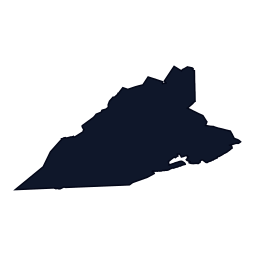 the district of Kubulu pag., Balvu, Latvia
{"feature_id": "27541924B35853557519757", "entity_name": "Kubulu pag.", "entity_type": "district", "adm_level": 2, "iso_a3": "LVA", "parent_name": "Latvia", "parent_adm1": "Balvu", "projection": "robinson", "projection_center": [27.241, 57.178], "detail": "fine", "context": "isolated", "style": "filled", "palette": "ink", "viewbox_px": 256, "rotation_deg": 0, "n_neighbors": 0, "source": "geoboundaries", "source_scale": "gbopen_adm2", "svg_char_len": 5282}
<svg xmlns="http://www.w3.org/2000/svg" viewBox="0 0 256 256"><path d="M15.4,189.6L54.2,187.9L54.4,188.2L55.2,188.2L55.3,188.3L55.5,188.5L55.9,188.7L56.1,188.7L56.4,188.5L57.2,188.3L58.5,188.8L59.2,188.6L59.8,188.9L60.1,188.8L61.2,188.3L63.8,187.0L65.6,187.4L129.5,184.8L132.5,182.6L132.9,182.4L147.4,177.2L154.2,173.5L153.7,172.2L152.2,172.0L152.3,171.5L152.4,171.3L152.6,171.0L153.3,171.1L153.9,171.0L154.2,171.0L154.5,171.1L155.0,171.2L156.4,171.1L157.6,171.2L158.0,171.1L158.4,170.9L158.7,170.9L159.2,171.0L160.0,171.1L160.8,170.9L161.2,171.0L162.6,170.5L162.9,170.4L163.2,170.5L163.6,170.5L164.1,170.4L164.4,170.5L164.5,170.5L165.3,170.3L165.5,170.2L166.3,170.3L166.9,170.2L167.9,170.1L169.2,169.5L170.6,168.7L171.5,168.4L172.2,168.1L172.6,168.0L173.6,168.1L173.8,168.1L174.6,167.7L174.8,167.6L176.3,167.2L176.7,167.0L176.8,166.9L176.9,167.0L177.1,167.0L177.7,167.0L177.8,166.8L178.0,166.7L178.2,166.4L178.3,166.4L178.5,166.4L178.9,166.3L179.1,166.2L179.5,166.0L179.8,165.9L179.9,166.0L180.0,166.0L180.0,165.9L180.5,165.8L180.8,165.7L180.9,165.8L181.0,165.7L181.4,165.4L181.6,165.3L182.1,165.2L183.2,164.8L183.9,164.7L184.0,164.5L185.0,164.4L185.3,164.3L185.3,164.2L185.2,164.0L184.9,164.1L185.0,163.9L184.9,163.5L184.9,163.4L184.4,162.9L183.4,162.2L182.8,161.8L181.8,161.3L181.4,161.3L181.2,161.3L180.6,161.3L180.3,161.4L180.2,161.4L180.1,161.5L179.8,161.5L179.7,161.5L179.2,161.6L178.9,161.8L178.7,161.8L178.4,161.9L178.0,162.0L177.7,162.2L177.3,162.3L176.8,162.4L176.6,162.5L176.1,162.6L175.1,162.9L174.9,163.0L174.5,163.1L173.8,163.5L172.4,163.9L169.1,165.0L168.5,162.2L168.4,161.7L171.0,159.4L171.8,158.8L172.5,158.3L172.7,158.1L173.9,157.2L174.1,157.1L175.3,157.7L177.1,156.3L177.3,156.2L177.9,156.0L177.4,154.2L179.5,154.0L180.3,155.0L180.9,156.0L181.4,157.0L183.6,156.4L184.3,156.1L186.4,155.4L186.5,155.5L186.8,155.6L187.1,155.6L187.1,155.9L187.1,156.0L187.5,156.4L187.4,156.7L187.6,156.8L187.5,157.2L187.6,157.3L187.8,157.3L187.7,157.4L187.8,157.6L187.9,157.8L187.9,158.0L187.1,158.6L186.9,159.0L186.4,159.5L186.6,159.6L186.6,159.8L186.9,160.0L186.7,160.2L186.9,160.4L190.0,161.6L189.8,162.0L189.1,162.4L189.2,162.8L189.3,162.8L189.5,162.9L189.8,162.9L190.1,163.1L190.3,163.2L190.6,163.2L190.8,163.2L191.0,163.4L193.5,163.6L194.9,163.4L195.9,163.4L196.5,163.3L197.8,163.5L198.3,163.5L198.9,163.0L199.3,162.8L199.7,162.6L200.0,162.4L200.1,162.0L200.2,161.8L200.2,161.5L200.2,161.3L200.2,161.0L200.2,160.8L200.4,160.7L201.3,160.2L201.8,159.8L202.0,159.8L202.3,159.8L202.8,160.1L204.2,161.1L204.6,161.3L205.1,161.8L205.3,161.9L205.8,162.3L206.0,162.4L206.5,162.5L207.6,162.4L208.1,161.9L208.3,161.7L208.7,161.5L209.4,161.4L209.8,161.2L210.2,161.1L210.6,161.1L210.9,161.0L211.5,160.5L212.0,160.2L212.8,160.0L213.2,160.0L213.7,159.4L213.8,159.3L214.7,159.0L214.9,158.8L215.6,158.6L216.0,158.3L216.4,158.1L216.8,158.1L217.2,157.9L217.2,157.7L217.3,157.5L217.6,156.8L217.6,156.7L217.8,156.6L218.6,156.5L218.9,156.5L219.2,156.3L219.9,156.0L220.7,155.5L221.4,155.2L222.3,154.6L222.9,154.3L223.9,153.5L224.3,153.3L224.9,153.2L225.4,152.7L226.1,152.5L226.6,152.2L226.9,152.0L227.3,151.8L227.5,151.6L227.9,151.3L228.7,150.6L229.3,150.3L229.5,150.2L230.0,149.6L230.4,149.4L230.7,148.8L230.9,148.7L231.5,148.6L231.8,148.2L232.1,148.1L232.1,147.7L232.0,147.4L231.8,147.3L231.8,147.1L231.8,146.6L231.8,146.4L231.7,146.3L231.5,146.1L230.8,145.8L230.3,145.4L230.0,145.2L235.7,143.4L236.3,143.3L236.9,143.3L237.5,143.3L238.5,143.3L240.1,142.2L240.6,141.8L239.6,140.9L238.5,140.1L237.5,139.6L236.7,139.3L236.5,139.2L236.4,139.2L235.4,138.9L234.9,138.6L234.1,138.4L234.0,138.2L233.8,137.6L232.7,135.5L232.1,134.2L231.0,132.4L230.4,131.1L225.7,130.0L222.4,129.1L218.9,128.3L218.3,128.2L214.5,127.0L213.4,126.5L212.8,126.5L210.3,126.3L205.5,125.5L206.9,121.8L206.4,121.2L203.0,115.8L202.8,115.6L202.4,115.4L198.6,113.7L195.6,112.2L192.9,110.9L190.5,109.6L189.8,109.3L187.4,108.1L192.4,103.8L192.1,103.7L192.5,103.3L194.2,101.9L194.8,101.4L195.1,101.3L195.0,99.9L194.9,91.7L194.8,91.4L194.7,84.9L194.7,83.6L194.6,83.4L194.5,79.3L194.5,76.9L194.5,76.4L194.4,70.7L193.7,70.5L192.5,69.4L193.1,68.8L193.1,68.6L192.1,67.9L187.7,67.0L187.4,66.9L184.4,68.7L183.0,69.3L181.7,70.4L181.6,70.5L181.5,70.8L180.1,70.1L174.1,66.4L165.1,79.9L164.3,81.1L165.1,81.6L165.1,82.3L166.1,82.9L166.1,83.0L162.6,83.6L162.5,83.3L162.4,83.1L162.5,81.7L148.1,77.0L142.9,84.9L138.8,85.9L135.2,86.9L127.8,89.4L122.8,87.7L118.6,93.2L118.4,93.2L118.1,93.3L118.1,93.5L118.3,93.5L117.9,93.7L117.9,93.8L118.0,94.1L114.6,97.1L114.4,97.2L113.1,97.2L112.8,97.3L112.5,97.8L109.5,101.2L108.2,104.7L108.3,106.5L108.4,107.0L107.9,107.7L107.2,108.2L106.0,109.1L105.5,109.3L102.1,110.2L101.9,110.4L101.8,110.6L101.5,111.8L101.0,112.2L100.0,112.7L98.4,113.3L96.5,114.1L96.3,114.1L94.5,116.4L93.3,117.6L82.5,125.5L82.1,125.9L82.1,126.1L82.3,126.9L83.1,128.4L83.6,129.0L84.0,129.4L84.0,129.5L83.8,129.5L83.5,130.0L83.1,131.5L82.9,131.9L74.5,137.2L74.3,137.2L73.6,136.5L73.4,136.9L73.2,136.9L72.8,136.7L72.5,136.7L72.2,136.9L71.8,136.9L71.6,136.9L71.4,137.0L71.2,137.1L70.8,137.0L70.7,137.2L70.1,137.1L69.6,137.3L66.5,138.1L65.5,137.6L64.3,137.8L63.8,137.9L63.3,138.1L62.6,138.7L61.5,138.8L61.6,139.2L61.6,139.5L59.6,141.6L50.5,151.8L49.4,154.0L48.6,155.7L43.2,166.8L15.4,189.6Z" fill="#0f172a" stroke="#020617" stroke-width="1.5"/></svg>